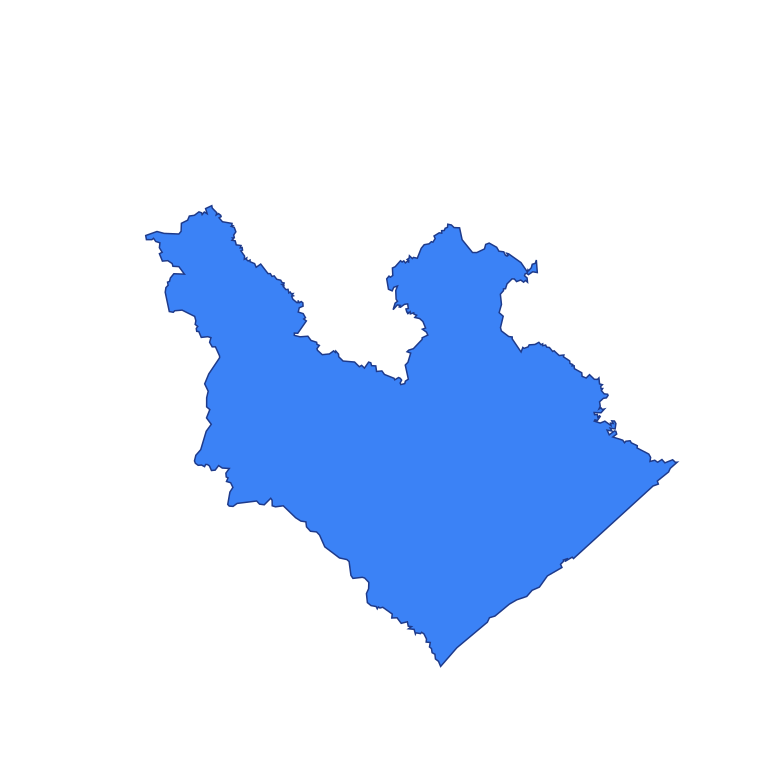 Tasikmalaya, Jawa Barat, Indonesia (Albers equal-area conic projection), rotated 308°
{"feature_id": "22746128B89217704079934", "entity_name": "Tasikmalaya", "entity_type": "district", "adm_level": 2, "iso_a3": "IDN", "parent_name": "Indonesia", "parent_adm1": "Jawa Barat", "projection": "albers", "projection_center": [108.182, -7.428], "detail": "fine", "context": "isolated", "style": "filled", "palette": "blue", "viewbox_px": 768, "rotation_deg": 308, "n_neighbors": 0, "source": "geoboundaries", "source_scale": "gbopen_adm2", "svg_char_len": 6171}
<svg xmlns="http://www.w3.org/2000/svg" viewBox="0 0 768 768"><g transform="rotate(308 384 384)"><path d="M483.3,320.6L480.6,319.2L474.9,324.1L472.1,323.3L472.1,321.5L468.5,321.4L461.4,329.2L462.4,333.1L466.3,332.2L469.5,334.3L464.8,335.8L458.3,341.3L457.5,343.7L454.5,343.0L448.2,345.4L454.5,345.8L455.9,348.3L454.1,348.5L454.6,349.7L459.4,351.1L461.7,353.3L458.5,356.7L456.6,355.1L454.7,357.7L455.3,358.9L453.5,359.4L457.0,360.1L455.5,361.6L458.4,363.6L457.5,364.6L458.3,367.4L455.4,367.3L457.5,371.8L457.2,376.2L453.7,382.3L450.8,380.5L451.0,385.6L449.5,388.4L443.9,385.6L442.6,386.6L429.9,385.4L425.9,382.6L423.6,382.3L424.8,386.0L415.8,389.5L412.0,389.1L402.8,400.2L399.4,399.1L397.1,400.1L393.9,397.6L394.7,396.1L397.9,395.5L398.5,393.4L398.1,391.5L393.9,389.9L394.7,388.4L391.8,378.5L393.0,374.3L389.3,370.4L393.2,366.4L390.8,362.9L392.6,360.5L391.8,358.4L384.5,358.8L384.9,354.9L382.4,353.9L383.2,347.3L376.9,337.6L377.6,331.5L379.5,329.8L380.3,325.7L379.0,326.2L379.1,323.9L374.1,322.5L369.1,317.3L369.6,310.8L370.6,309.4L374.6,309.3L374.0,306.8L375.4,305.2L373.4,299.7L374.8,294.6L369.5,288.8L367.1,283.4L368.9,282.0L370.9,284.8L385.9,284.0L385.8,280.7L387.9,281.3L389.7,277.0L387.9,272.1L391.9,270.3L395.5,272.3L398.0,270.1L398.0,268.0L395.9,267.2L396.9,264.8L395.3,266.2L394.5,265.3L394.7,260.0L396.2,257.3L397.7,258.3L397.5,256.8L399.3,256.7L398.1,255.4L398.7,253.4L397.2,252.9L399.5,250.1L398.0,248.6L398.7,244.7L399.7,244.8L399.6,242.4L400.7,243.7L402.1,243.1L401.2,241.2L402.2,238.7L400.5,235.0L401.6,230.9L399.8,229.5L401.0,226.5L399.6,224.6L402.6,213.0L397.3,211.4L399.2,207.9L397.9,203.2L399.2,202.1L397.3,201.2L397.4,198.8L398.8,198.2L396.3,197.1L399.0,195.3L400.8,189.3L402.4,190.1L404.2,188.2L402.8,186.9L405.1,186.1L402.7,181.9L405.2,178.6L403.7,175.7L405.8,175.9L405.8,174.7L407.2,175.9L408.9,173.8L412.7,173.6L415.2,169.6L414.2,166.7L415.7,167.3L415.3,166.3L417.0,165.4L412.4,156.8L413.4,151.7L415.6,152.6L416.4,151.5L416.4,148.7L413.9,147.7L416.0,146.8L416.9,140.3L418.5,138.5L412.4,135.4L409.3,139.8L408.9,136.5L405.5,136.4L406.6,134.8L405.7,132.2L400.2,130.7L396.5,127.2L392.2,128.4L385.9,125.4L379.4,130.1L375.9,130.0L367.3,118.0L364.4,111.2L354.3,104.8L351.5,107.9L354.8,112.2L356.9,112.7L355.8,116.4L357.3,120.5L353.1,123.1L351.2,128.1L348.4,126.8L344.4,133.7L348.1,137.7L348.5,142.9L346.8,145.2L350.2,150.1L347.7,159.1L341.5,150.5L336.0,150.4L332.8,151.8L331.0,150.7L328.9,153.1L325.7,152.8L321.6,155.1L308.9,170.2L310.8,173.8L312.9,174.0L317.9,179.4L320.7,193.2L318.0,196.8L314.7,198.5L314.7,201.8L312.1,201.9L310.2,204.0L311.3,205.8L308.2,211.3L312.8,216.0L314.0,219.1L309.5,220.9L307.5,225.7L309.5,228.3L304.9,237.1L303.5,238.3L284.1,239.7L273.7,242.6L270.1,249.9L264.0,252.7L256.8,258.3L256.6,262.5L248.0,265.0L245.9,272.7L237.3,273.0L219.4,280.0L212.0,279.6L206.7,282.0L205.4,284.2L205.5,287.6L207.8,290.1L208.4,293.5L210.8,293.0L211.8,294.4L212.0,296.8L209.6,301.3L212.2,304.0L217.9,303.9L218.2,308.3L222.2,314.1L216.4,314.3L213.6,316.9L214.0,318.9L210.2,319.9L211.8,323.9L209.5,328.6L204.0,329.1L192.9,335.0L192.5,337.2L194.6,340.4L199.5,341.8L213.4,355.7L212.7,359.9L215.1,364.0L224.2,365.1L223.5,367.4L219.2,370.9L220.4,374.1L226.0,379.6L224.2,396.7L224.8,402.9L227.3,407.3L223.7,410.9L222.7,416.7L225.9,421.9L225.3,426.2L219.2,437.6L219.5,456.0L222.8,462.8L222.6,465.8L212.8,475.8L211.7,479.2L218.3,485.9L219.2,488.2L218.3,494.2L213.2,497.9L208.0,499.2L201.5,505.5L201.4,510.2L203.8,514.8L202.7,517.1L204.8,516.8L205.0,518.7L207.3,520.5L207.8,532.1L204.4,534.2L207.8,538.2L206.0,544.9L211.0,548.8L208.1,552.2L209.7,555.0L206.2,554.0L209.2,558.8L206.3,562.7L207.6,562.4L209.8,566.5L211.5,566.5L211.7,569.3L209.2,574.5L206.6,576.1L208.8,579.6L204.8,581.7L204.7,584.3L201.9,587.3L202.4,590.5L199.0,593.8L199.0,597.7L196.3,602.5L221.0,603.8L259.9,612.1L264.8,611.0L269.4,614.3L287.7,618.3L295.7,621.5L304.5,627.3L312.6,627.7L319.6,631.5L333.4,630.9L349.0,637.2L350.6,634.1L355.1,634.7L355.7,633.7L359.8,636.4L355.5,635.8L363.4,638.9L363.1,640.8L469.3,658.8L474.0,661.8L475.8,659.1L489.9,662.4L493.8,661.5L502.9,663.2L501.7,661.9L502.0,658.1L494.8,653.9L495.6,649.5L490.8,647.8L490.6,644.3L486.7,641.3L490.3,639.3L491.8,635.8L489.4,622.8L491.3,621.6L489.9,615.1L490.8,612.9L487.8,609.8L485.8,609.7L486.7,606.7L483.1,596.9L487.8,598.2L489.5,595.8L488.9,594.5L482.6,592.8L485.0,588.2L487.3,592.6L488.5,589.4L490.9,593.8L495.6,591.1L496.7,588.4L495.2,586.2L494.0,589.0L492.6,586.6L491.0,588.5L490.7,580.9L486.3,578.4L484.2,572.5L485.7,572.3L486.6,574.6L491.5,574.4L491.7,573.4L489.4,573.0L491.3,570.9L489.5,568.8L490.9,567.1L494.9,572.7L500.0,573.1L498.4,571.8L498.8,569.6L496.7,568.8L499.6,568.1L502.7,564.8L507.8,565.7L510.0,567.8L513.0,567.6L513.6,566.5L511.8,563.6L512.6,559.4L515.0,559.1L514.0,557.9L515.6,556.2L517.9,556.5L516.8,553.8L521.1,549.6L519.1,549.4L517.2,546.9L517.9,540.2L513.2,539.6L512.0,535.4L514.6,532.9L513.3,524.6L515.4,522.6L514.1,521.0L515.5,520.7L514.7,517.9L516.5,516.1L515.9,508.7L517.6,507.9L514.3,504.5L514.9,497.6L513.5,496.9L514.6,491.9L513.2,489.4L514.2,487.4L511.9,485.4L513.3,484.3L511.6,483.5L512.2,480.4L508.1,478.6L504.2,474.3L501.9,474.7L498.3,472.4L498.3,470.9L493.6,472.3L498.5,457.2L500.0,456.1L498.2,453.0L498.1,443.8L500.1,441.1L510.8,436.2L511.1,430.8L519.0,427.6L526.4,420.4L531.1,420.7L532.5,419.6L533.9,421.1L538.6,419.3L545.7,420.2L547.0,422.1L546.3,425.4L550.1,427.7L550.2,431.3L552.7,431.8L552.6,434.4L555.7,431.4L555.8,428.1L557.6,427.4L559.0,428.1L559.1,430.5L564.0,432.1L566.2,436.2L575.5,427.7L572.2,428.9L569.6,427.1L566.3,428.5L562.3,428.2L562.6,427.1L560.6,427.9L564.0,417.2L563.3,402.1L562.6,400.3L561.6,402.6L560.5,402.2L560.2,400.4L561.9,397.0L559.4,392.8L561.1,388.6L559.8,380.1L556.6,378.2L552.3,380.0L544.7,376.2L542.1,372.8L545.8,356.7L553.6,347.4L550.4,342.9L550.8,339.2L549.2,335.9L546.5,337.6L544.4,336.3L542.1,337.0L540.3,335.0L538.4,336.6L537.1,334.4L531.4,332.3L530.1,334.8L525.8,335.2L525.3,333.7L522.2,333.2L518.5,329.9L513.8,329.8L503.6,332.8L501.9,329.3L500.3,329.1L500.7,325.1L498.7,326.3L496.4,325.6L496.7,327.4L495.3,328.3L495.1,326.8L492.6,326.3L493.2,323.8L491.3,323.2L491.3,321.1L483.3,320.6Z" fill="#3b82f6" stroke="#1e3a8a" stroke-width="1.5"/></g></svg>